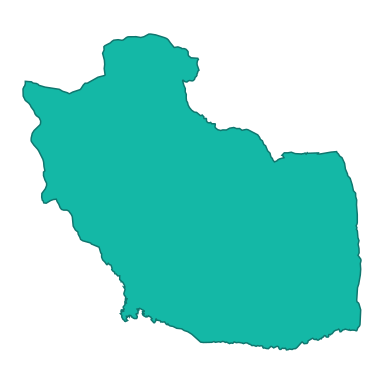 El Castillo, Meta, Colombia (Robinson projection)
{"feature_id": "7082276B77029977474757", "entity_name": "El Castillo", "entity_type": "district", "adm_level": 2, "iso_a3": "COL", "parent_name": "Colombia", "parent_adm1": "Meta", "projection": "robinson", "projection_center": [-73.882, 3.627], "detail": "fine", "context": "isolated", "style": "filled", "palette": "teal", "viewbox_px": 384, "rotation_deg": 0, "n_neighbors": 0, "source": "geoboundaries", "source_scale": "gbopen_adm2", "svg_char_len": 5956}
<svg xmlns="http://www.w3.org/2000/svg" viewBox="0 0 384 384"><path d="M25.3,81.3L25.3,83.9L24.6,86.1L23.9,86.9L23.0,89.0L23.2,96.1L25.3,100.4L28.8,103.2L30.2,105.0L31.2,107.1L33.9,110.7L35.1,114.0L36.4,115.7L39.1,117.6L40.5,120.5L40.7,121.7L40.4,124.1L39.8,125.0L34.1,130.5L32.3,133.3L31.2,138.0L31.1,140.3L31.4,141.5L33.8,145.0L37.5,149.1L38.7,150.9L42.9,159.3L43.6,162.0L44.0,166.6L44.9,170.8L43.5,172.1L43.5,175.7L45.0,180.1L46.6,183.2L46.6,185.5L45.3,188.8L41.9,193.4L41.7,197.1L42.3,200.2L43.1,200.8L43.8,202.9L46.2,203.2L50.7,200.5L53.4,199.5L56.3,199.2L57.1,201.5L58.9,204.4L60.1,207.6L61.5,209.4L63.6,210.1L66.7,210.1L68.6,210.9L71.3,214.5L72.3,216.7L73.2,226.1L75.4,230.0L77.9,232.0L78.2,234.2L79.9,237.4L80.6,239.4L82.8,240.8L90.0,242.8L90.8,243.2L91.4,244.0L99.1,247.2L100.8,253.0L101.6,253.7L101.6,257.1L102.7,259.9L104.9,262.1L106.6,264.5L107.0,264.7L108.2,263.3L109.4,264.6L110.6,264.9L111.1,265.4L112.1,268.4L111.7,269.6L113.0,271.2L114.5,272.1L114.8,273.7L116.0,273.9L117.8,275.9L119.7,275.8L119.7,279.6L121.0,280.7L121.1,281.8L122.4,281.9L122.9,282.5L124.2,284.8L124.9,287.0L124.7,287.6L123.8,287.2L125.1,289.3L123.9,293.4L124.1,294.8L125.7,297.0L125.5,298.5L127.0,298.7L126.7,299.7L125.4,299.6L125.4,300.5L126.1,301.1L125.9,302.0L126.4,303.0L126.1,303.1L124.9,302.2L125.0,304.6L123.2,306.9L123.3,308.0L124.1,308.8L124.1,309.3L123.3,310.0L123.7,311.1L122.8,311.5L122.5,311.1L122.4,309.9L122.1,309.7L121.3,310.0L121.0,311.2L121.4,312.9L121.4,313.2L120.4,313.6L121.6,315.0L121.9,315.7L121.7,316.9L123.0,319.4L124.0,320.1L124.7,321.2L125.4,321.5L127.6,320.5L126.2,319.1L126.8,317.4L126.4,316.3L127.0,316.2L127.6,317.0L128.8,315.7L129.3,316.6L129.5,315.4L130.9,315.6L131.5,317.0L132.4,317.1L133.1,318.0L134.5,318.6L136.6,318.5L137.1,317.7L137.3,316.5L136.1,314.1L136.4,313.7L137.8,313.7L138.1,312.1L138.0,310.6L137.0,309.1L138.2,308.8L138.9,309.7L139.2,308.6L139.7,308.3L144.2,310.8L144.2,311.3L142.5,311.6L142.7,312.9L144.0,313.3L144.2,313.9L143.6,314.3L142.5,314.1L142.8,314.9L143.9,315.9L145.8,316.9L146.3,316.4L146.5,316.9L147.7,316.7L148.3,315.8L150.9,317.2L151.2,318.1L152.0,318.7L151.1,319.7L153.8,322.7L154.6,322.7L155.9,320.6L155.8,319.3L156.1,319.0L157.1,320.2L160.1,320.7L160.9,322.0L161.2,321.7L162.3,322.1L164.6,321.9L166.4,324.4L167.3,324.7L167.9,323.9L168.8,325.1L170.0,325.9L172.9,326.4L176.8,328.3L181.6,328.8L184.2,330.5L187.8,331.7L191.8,334.2L200.6,342.1L203.4,342.5L211.8,342.3L214.0,341.5L215.3,342.3L218.9,341.7L220.6,342.2L222.4,341.4L224.0,341.6L225.3,342.4L226.6,342.1L229.5,343.6L231.0,343.0L232.8,343.3L234.2,341.9L236.2,342.7L238.8,342.4L242.1,343.0L243.4,343.6L245.7,342.8L247.4,343.0L248.7,343.9L250.5,344.5L251.9,345.6L253.9,345.4L256.1,346.3L257.7,345.6L259.7,346.1L260.9,345.7L261.9,345.9L262.8,346.5L262.9,347.6L263.5,348.1L264.4,347.9L266.3,348.5L268.4,348.7L270.9,346.4L271.7,346.5L273.7,347.9L276.5,346.5L277.6,346.3L278.5,346.9L279.1,348.6L279.9,349.4L280.9,349.4L282.2,348.2L284.1,348.5L285.1,348.2L285.6,348.4L286.4,349.9L288.4,349.6L289.4,349.0L292.1,349.5L293.4,348.8L295.6,348.6L297.1,347.4L301.8,342.1L302.3,342.0L304.1,343.7L307.0,343.4L307.8,342.4L308.2,340.8L312.3,338.4L312.8,338.3L313.6,339.1L315.1,339.6L316.2,339.1L317.2,340.0L318.3,340.1L320.5,338.6L321.4,338.8L322.0,337.6L323.3,337.0L324.4,335.6L325.5,335.8L326.3,337.0L328.0,337.1L328.7,336.5L328.7,334.9L329.1,334.5L330.5,334.8L331.3,333.9L332.1,333.7L334.2,331.1L335.6,330.3L337.8,329.7L338.5,329.1L339.1,329.4L340.1,331.8L341.0,331.7L343.0,329.8L343.8,329.8L345.2,329.1L348.8,330.1L349.4,329.6L350.1,330.4L352.2,330.1L354.5,330.2L356.2,330.8L356.8,330.6L357.8,327.9L359.6,325.8L360.0,324.5L360.7,309.9L359.0,304.0L358.5,303.0L357.0,301.8L356.7,300.3L357.5,287.7L358.7,284.1L360.3,274.9L360.7,269.1L360.3,263.6L361.0,260.7L360.8,259.2L358.0,255.3L359.1,252.9L359.0,248.6L358.1,244.3L359.0,240.7L357.9,237.6L357.4,231.3L357.1,230.2L356.4,229.4L356.9,227.7L356.1,225.8L357.0,224.0L357.3,222.5L357.3,214.7L356.5,205.0L356.7,200.0L355.7,196.7L355.6,193.2L353.4,190.7L352.2,184.8L350.2,178.4L347.6,175.5L347.5,174.0L345.4,169.0L344.6,163.4L342.0,157.7L339.6,156.0L338.5,154.1L336.8,152.4L336.6,151.6L331.1,152.1L319.9,154.0L317.7,153.9L318.3,152.9L307.8,153.3L307.2,152.7L306.1,154.1L305.1,153.0L303.7,153.6L301.8,153.8L301.3,154.2L300.6,153.9L295.1,153.6L291.3,152.2L287.9,152.8L284.3,152.8L281.9,155.3L282.8,155.7L284.0,157.7L279.5,158.9L277.9,159.8L276.7,161.0L274.4,161.9L272.9,160.0L272.3,158.3L271.5,157.7L270.8,156.5L270.0,153.2L267.6,150.8L265.6,145.8L263.8,144.5L262.4,140.8L260.4,139.4L259.5,137.3L257.7,134.8L256.9,134.4L247.9,129.7L246.3,129.4L242.0,130.3L239.6,128.5L236.6,128.6L233.8,127.5L229.6,128.2L226.4,130.0L222.8,129.9L220.7,130.5L217.7,129.7L215.3,127.7L215.0,126.6L215.3,124.5L215.1,123.8L211.6,123.7L210.7,122.4L209.3,122.9L207.9,122.6L206.6,121.4L206.4,118.7L206.0,118.4L204.2,118.6L203.8,118.0L203.9,116.9L202.2,115.0L201.0,115.6L200.3,115.5L196.6,112.4L194.3,112.1L191.6,110.2L189.4,107.5L188.1,105.0L187.5,102.4L186.5,100.8L186.2,97.6L186.3,94.4L185.2,91.9L185.3,88.6L183.8,85.2L182.6,80.7L182.8,80.3L183.3,80.3L184.7,81.6L186.3,82.0L187.1,81.9L188.6,80.7L189.6,80.5L192.1,80.9L193.2,80.6L194.5,79.4L195.2,77.3L196.3,76.4L196.9,75.4L197.0,73.8L197.5,73.0L197.8,71.4L199.0,70.2L197.2,65.1L197.0,63.3L197.3,61.5L197.6,60.4L198.4,59.5L197.8,58.3L191.0,57.8L188.6,55.8L188.2,54.9L188.1,51.8L187.4,50.7L185.9,49.2L184.2,48.6L181.8,48.6L181.2,48.0L177.9,46.9L174.2,47.5L170.4,42.9L168.3,39.9L166.8,38.6L164.7,37.7L155.8,34.9L150.9,34.1L148.8,34.1L144.0,36.7L140.8,37.5L136.1,36.7L128.1,36.8L126.4,37.5L123.5,39.8L122.0,40.3L118.1,39.7L113.7,40.2L111.6,41.6L110.5,42.8L105.0,45.6L103.9,46.7L104.1,50.0L102.6,53.3L104.4,60.2L104.7,64.4L104.2,68.6L105.1,74.9L104.2,75.6L98.0,77.2L87.3,83.2L85.1,83.2L83.4,84.9L80.9,88.8L80.1,89.6L72.6,92.1L69.8,93.6L69.1,93.7L67.3,92.7L62.7,91.3L59.3,89.3L45.0,87.1L38.9,85.3L38.2,84.4L36.4,83.5L33.2,83.1L31.4,81.8L25.3,81.3Z" fill="#14b8a6" stroke="#0f766e" stroke-width="1.5"/></svg>